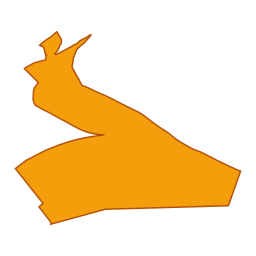 Kesm than Al Raml, Al Iskandariyah, Egypt
{"feature_id": "37247803B61972877463363", "entity_name": "Kesm than Al Raml", "entity_type": "district", "adm_level": 2, "iso_a3": "EGY", "parent_name": "Egypt", "parent_adm1": "Al Iskandariyah", "projection": "albers", "projection_center": [29.979, 31.211], "detail": "fine", "context": "isolated", "style": "filled", "palette": "amber", "viewbox_px": 256, "rotation_deg": 0, "n_neighbors": 0, "source": "geoboundaries", "source_scale": "gbopen_adm2", "svg_char_len": 2827}
<svg xmlns="http://www.w3.org/2000/svg" viewBox="0 0 256 256"><path d="M105.4,209.2L121.2,208.8L209.0,206.3L228.3,205.7L230.6,199.4L240.6,171.1L237.2,169.9L233.2,168.0L227.5,165.5L223.2,163.3L218.7,161.2L214.7,159.2L212.8,158.1L210.6,156.9L207.9,155.7L205.1,154.2L201.3,152.3L198.6,151.2L195.1,150.0L190.4,147.8L187.9,146.4L185.4,144.9L184.2,144.2L181.3,142.6L176.6,139.6L173.9,137.5L169.0,133.4L165.2,130.8L161.0,128.2L158.8,126.7L153.4,122.9L149.6,120.0L148.1,118.7L145.5,116.8L144.0,115.7L138.7,112.2L137.0,111.4L136.3,111.1L133.9,110.0L118.9,102.4L105.4,95.6L102.0,94.2L95.7,91.4L93.9,90.6L90.3,88.9L86.5,87.0L85.2,86.5L82.1,85.7L81.7,84.9L78.8,79.4L78.0,78.0L77.5,77.2L76.1,74.7L73.4,69.5L72.1,67.2L72.1,66.3L72.8,62.8L73.0,60.9L73.1,60.0L73.4,57.9L74.7,54.9L75.5,52.7L75.6,52.3L76.6,50.0L76.7,49.7L76.9,49.5L78.7,47.5L81.8,44.9L84.1,43.1L91.0,35.1L91.3,34.4L91.2,34.5L89.4,35.4L87.2,37.0L84.1,38.6L80.8,40.3L79.7,41.0L77.4,43.2L74.8,44.6L73.9,44.9L73.9,45.0L72.6,45.9L68.5,48.1L61.2,52.0L55.9,54.7L54.9,53.5L55.2,53.3L55.4,53.1L56.2,52.4L56.7,51.8L57.6,50.5L58.2,49.7L58.8,48.2L59.8,45.2L60.3,44.7L60.7,44.3L60.8,44.1L60.9,43.8L61.3,42.9L61.3,42.7L61.4,40.1L61.1,39.1L61.1,38.9L61.0,38.7L60.3,37.6L58.1,33.9L57.7,33.2L56.7,31.8L50.2,37.4L46.7,39.5L45.7,40.2L42.1,43.1L39.7,45.2L39.9,45.3L40.0,45.4L40.2,45.5L40.7,45.9L41.1,46.1L41.3,45.9L41.5,45.7L42.5,46.7L43.7,47.6L44.5,50.3L45.5,54.0L46.0,56.0L46.2,55.9L46.0,56.4L46.0,56.6L45.8,57.6L45.6,59.8L43.9,60.3L42.6,60.6L40.7,61.1L39.1,61.5L38.1,61.8L36.8,62.2L36.1,62.4L35.8,62.5L35.5,62.6L34.0,63.1L32.6,63.6L31.9,64.1L31.0,64.6L29.8,65.3L28.4,66.0L27.3,66.6L26.1,67.4L25.0,68.2L24.4,68.7L25.3,69.6L28.5,72.7L29.8,74.0L34.8,79.0L36.5,80.6L38.4,82.5L37.4,83.6L36.5,85.0L35.4,86.4L34.6,87.7L34.5,87.8L34.4,87.9L33.5,90.6L33.4,93.0L33.1,99.4L33.2,99.7L33.2,100.1L33.6,101.8L35.4,105.4L38.0,106.8L42.1,109.1L50.6,113.4L52.0,114.2L53.0,114.8L54.2,115.4L55.1,115.9L56.3,116.6L57.4,117.1L58.3,117.7L59.3,118.2L59.6,118.3L59.8,118.5L60.6,118.9L61.6,119.5L62.9,120.2L64.0,120.7L64.8,121.2L65.5,121.6L67.0,122.3L69.2,123.6L72.9,125.6L75.3,126.9L77.0,127.8L79.9,129.3L81.2,129.8L82.5,130.4L84.2,131.0L85.3,131.5L86.1,131.7L87.0,132.0L87.3,132.1L87.6,132.2L88.4,132.5L89.5,132.7L91.2,133.2L92.9,133.5L93.6,133.7L94.9,133.9L96.2,134.1L97.4,134.3L99.2,134.5L100.3,134.6L103.4,134.7L104.1,134.8L104.4,134.8L103.6,134.9L94.7,136.2L92.4,136.5L90.3,136.8L89.1,137.0L87.0,137.4L84.3,137.9L82.2,138.3L80.9,138.6L78.8,139.1L77.2,139.5L75.8,139.8L73.5,140.4L71.0,141.1L69.2,141.7L66.7,142.4L65.5,142.8L64.7,143.1L62.5,143.9L62.2,143.9L61.9,144.0L58.3,145.2L54.8,146.6L51.8,147.8L47.4,149.6L44.2,151.1L41.8,152.2L38.5,154.0L35.9,155.3L33.0,156.9L29.6,158.6L26.2,160.3L15.4,168.6L43.0,203.3L39.0,206.9L51.0,222.4L50.7,224.2L105.4,209.2Z" fill="#f59e0b" stroke="#b45309" stroke-width="1.5"/></svg>